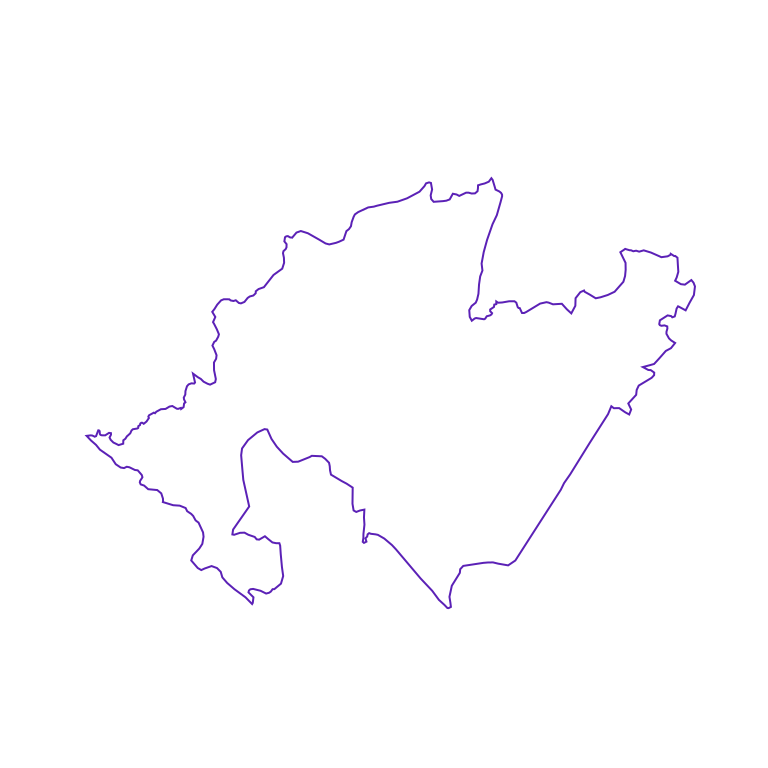 outline of Wamba, Orientale, Democratic Republic of the Congo, rotated 30°
{"feature_id": "63176286B98159467986291", "entity_name": "Wamba", "entity_type": "district", "adm_level": 2, "iso_a3": "COD", "parent_name": "Democratic Republic of the Congo", "parent_adm1": "Orientale", "projection": "mercator", "projection_center": [27.709, 2.096], "detail": "fine", "context": "isolated", "style": "outline", "palette": "violet", "viewbox_px": 768, "rotation_deg": 30, "n_neighbors": 0, "source": "geoboundaries", "source_scale": "gbopen_adm2", "svg_char_len": 6153}
<svg xmlns="http://www.w3.org/2000/svg" viewBox="0 0 768 768"><g transform="rotate(30 384 384)"><path d="M251.5,596.8L262.0,594.4L267.9,591.5L274.2,590.6L277.2,592.6L282.0,592.9L284.8,593.7L285.4,594.1L289.0,596.3L291.9,596.7L292.6,596.7L301.5,603.0L304.1,606.5L306.6,613.3L306.3,618.9L304.1,628.0L305.3,633.2L314.7,636.5L318.8,636.5L320.9,633.5L325.7,627.9L331.4,626.9L336.5,628.3L340.7,632.3L347.6,634.7L357.1,636.5L370.8,638.0L379.8,640.5L379.8,639.2L377.6,634.0L371.5,632.4L370.8,632.2L370.3,630.4L370.9,628.6L373.1,626.9L380.5,624.8L386.7,624.4L388.9,622.2L389.8,620.3L390.1,617.4L391.6,616.5L394.6,608.4L392.7,600.7L387.1,593.5L379.6,582.9L374.9,575.9L373.0,574.2L370.2,575.8L366.6,577.0L361.3,576.2L357.0,575.4L353.7,581.2L351.4,582.2L348.5,581.1L341.9,582.4L337.5,582.5L333.7,584.9L329.6,589.5L327.9,590.1L326.1,585.5L328.5,557.5L310.1,537.4L303.7,528.3L295.9,517.1L293.3,510.8L294.3,500.6L298.5,489.3L303.1,482.8L305.7,481.8L314.0,487.8L322.5,491.9L331.4,494.7L343.9,497.1L348.5,494.2L356.1,484.5L357.4,482.3L366.3,477.7L370.5,478.2L375.8,479.7L378.1,482.3L380.4,485.7L383.4,489.0L395.9,489.2L401.5,489.0L408.7,489.4L416.6,503.5L420.9,508.7L423.9,508.7L426.5,505.5L429.8,502.6L433.4,509.6L437.4,515.6L441.2,524.2L443.1,527.6L444.5,531.3L446.1,531.6L446.5,531.0L447.6,529.3L446.0,527.8L445.1,526.9L445.7,524.5L445.0,522.4L445.7,520.6L447.4,520.3L447.5,520.3L451.7,518.5L454.1,517.7L461.5,517.7L471.4,519.5L477.0,521.2L512.9,534.1L529.2,539.0L539.5,543.5L546.8,545.1L550.9,546.3L552.0,545.8L553.4,543.6L551.0,540.4L547.1,535.6L543.6,524.8L544.1,509.6L542.6,506.3L543.6,501.9L559.5,489.2L563.1,486.7L567.6,484.0L572.7,482.5L582.2,479.0L586.0,471.2L588.6,416.1L590.0,387.2L589.5,379.8L590.4,369.2L591.6,331.9L593.1,298.1L592.0,289.6L594.9,290.0L595.2,290.0L599.7,287.3L607.1,287.9L611.6,287.8L610.8,282.5L605.3,278.7L607.8,267.3L605.8,262.8L605.4,258.0L612.7,244.8L613.5,241.3L612.3,239.0L608.0,238.6L606.9,239.2L605.8,239.7L599.7,239.9L600.7,238.9L604.7,234.9L607.9,231.6L609.5,224.5L611.5,214.5L614.6,209.5L615.6,202.9L611.0,202.7L608.0,202.0L603.5,199.3L602.5,197.5L601.7,194.3L600.5,192.5L597.6,193.0L595.1,194.9L593.4,195.1L592.4,194.5L591.1,190.9L595.3,182.8L598.8,181.6L600.3,182.1L602.0,180.1L601.3,177.4L599.7,172.4L599.8,169.7L600.6,169.6L608.4,169.4L608.0,160.8L607.9,152.0L604.5,144.0L601.4,141.5L598.2,140.3L594.9,147.5L591.2,149.1L584.5,149.0L584.2,145.4L582.8,139.7L578.8,133.7L575.0,127.9L572.2,127.5L571.4,128.1L567.2,127.9L567.5,128.8L567.1,129.5L565.8,131.6L560.8,135.5L558.5,135.7L549.4,136.7L542.1,138.4L538.8,141.8L535.7,142.5L533.5,144.4L531.0,144.7L530.0,145.3L526.8,146.1L525.3,146.4L524.8,147.6L522.8,151.7L532.6,158.3L536.2,164.3L538.8,170.0L540.2,175.8L537.6,188.8L533.3,195.0L528.2,200.6L524.5,203.9L517.3,203.7L511.6,203.8L510.5,203.0L508.1,206.3L507.0,213.9L510.6,220.6L510.9,229.2L505.1,227.9L497.9,225.6L490.5,230.5L485.9,231.2L483.8,231.9L479.0,236.3L471.2,250.5L469.9,252.4L468.0,253.5L463.6,250.4L462.5,250.9L461.3,250.5L457.9,247.4L455.6,247.1L451.1,249.7L445.6,254.3L442.1,256.6L440.0,256.4L441.3,258.7L439.8,260.1L440.7,262.3L438.7,266.4L439.6,267.9L442.2,268.6L442.3,270.0L441.5,271.6L439.1,274.0L439.0,276.8L438.3,277.9L436.5,278.6L430.8,280.8L429.8,281.9L428.4,285.3L424.7,283.0L420.9,277.4L420.9,272.6L422.8,267.7L422.4,264.3L420.7,258.7L416.5,250.2L413.5,242.7L412.8,238.3L412.5,236.5L408.3,230.9L404.4,219.9L401.2,207.6L398.1,191.4L397.3,181.4L394.0,168.2L392.4,162.3L391.5,160.9L389.7,159.9L387.4,159.6L383.4,159.9L380.7,157.3L376.0,152.9L374.1,152.1L373.6,156.4L370.9,160.0L368.1,162.7L366.1,164.9L367.5,167.5L368.6,170.3L367.5,173.4L364.7,175.2L361.6,176.0L359.4,177.3L355.1,183.5L352.1,183.6L348.5,184.8L348.6,191.3L346.3,194.1L343.7,196.1L335.9,201.4L332.4,200.2L330.1,197.3L328.4,191.5L324.1,186.4L322.2,186.9L320.1,189.2L320.1,192.4L318.6,199.7L311.1,211.7L304.5,219.4L297.9,224.5L296.0,226.3L288.7,233.2L286.5,235.5L282.0,239.0L275.7,248.0L274.0,251.7L274.1,254.3L275.1,260.0L276.5,263.9L276.2,267.4L275.0,270.4L276.8,279.2L273.9,283.3L271.8,285.8L266.8,290.5L263.1,291.5L255.7,291.4L242.7,291.5L235.5,293.1L232.5,296.6L231.3,303.1L231.2,303.1L229.5,304.0L226.8,304.0L225.5,305.0L224.9,306.4L226.4,310.3L229.7,311.6L231.0,314.0L231.2,314.3L231.4,316.3L230.5,319.2L231.1,321.2L234.2,324.7L236.9,329.0L238.2,335.0L233.8,344.8L231.6,360.2L227.9,364.5L226.6,367.8L227.5,369.6L226.6,372.7L224.0,375.3L222.9,377.6L222.1,382.7L219.8,385.7L217.8,386.4L213.8,385.6L212.1,387.4L209.4,388.3L207.7,388.0L206.1,388.9L202.8,390.8L202.3,391.5L201.1,393.0L199.9,398.6L199.7,403.7L199.2,407.4L204.4,410.3L205.0,415.9L206.8,416.9L211.9,420.2L216.2,423.5L216.8,426.0L216.9,430.4L215.9,432.4L216.2,436.5L219.5,438.7L224.6,442.8L226.0,446.1L226.0,450.4L229.9,457.0L233.0,460.5L235.9,463.8L236.9,466.9L233.7,471.5L231.1,472.0L226.6,472.2L222.8,471.2L219.5,471.2L213.4,470.5L219.6,477.2L219.4,478.5L216.9,479.7L215.0,482.0L214.5,484.5L214.8,485.8L215.6,489.4L217.2,492.5L217.4,495.9L218.6,497.4L221.2,499.1L220.6,500.8L222.0,504.2L221.5,505.5L220.8,507.1L220.0,506.3L219.4,507.0L218.2,508.4L218.1,508.5L216.9,509.0L211.7,508.9L209.5,510.8L207.3,514.8L203.4,517.4L201.2,521.0L200.8,521.6L200.7,521.8L200.3,523.8L200.0,523.8L199.0,523.9L196.2,528.5L196.2,530.0L197.1,530.8L197.4,531.0L197.1,535.2L196.1,537.9L195.8,538.6L194.2,538.4L193.2,538.9L192.7,540.1L192.9,540.6L193.2,541.6L192.3,543.4L193.1,544.9L193.1,545.0L192.7,545.8L189.1,548.8L188.7,550.2L188.6,550.6L188.9,553.6L187.9,556.8L187.5,557.9L187.4,560.7L186.4,563.1L188.0,566.1L184.7,569.6L181.3,569.8L178.9,570.0L175.2,569.0L174.6,568.6L173.1,567.6L172.9,564.4L172.1,563.1L170.3,563.8L168.2,567.9L165.1,569.6L163.9,569.8L163.0,569.4L162.8,569.2L161.3,567.0L160.2,566.7L159.7,567.0L160.7,573.1L159.8,574.3L159.0,574.3L157.1,574.5L156.2,574.9L155.3,575.4L152.4,577.6L158.4,579.4L165.0,580.7L170.8,582.9L184.8,584.1L189.4,586.4L191.8,587.6L197.7,588.0L200.9,586.8L202.6,584.3L205.2,583.4L211.3,583.0L213.4,582.1L213.9,581.9L219.7,583.9L221.4,585.5L221.4,586.8L221.2,589.8L221.7,591.3L223.5,592.6L227.0,591.9L232.4,593.0L240.7,589.2L241.1,589.3L245.8,590.1L249.9,593.8L251.2,595.9L251.3,596.2L251.5,596.8Z" fill="none" stroke="#5b21b6" stroke-width="2"/></g></svg>